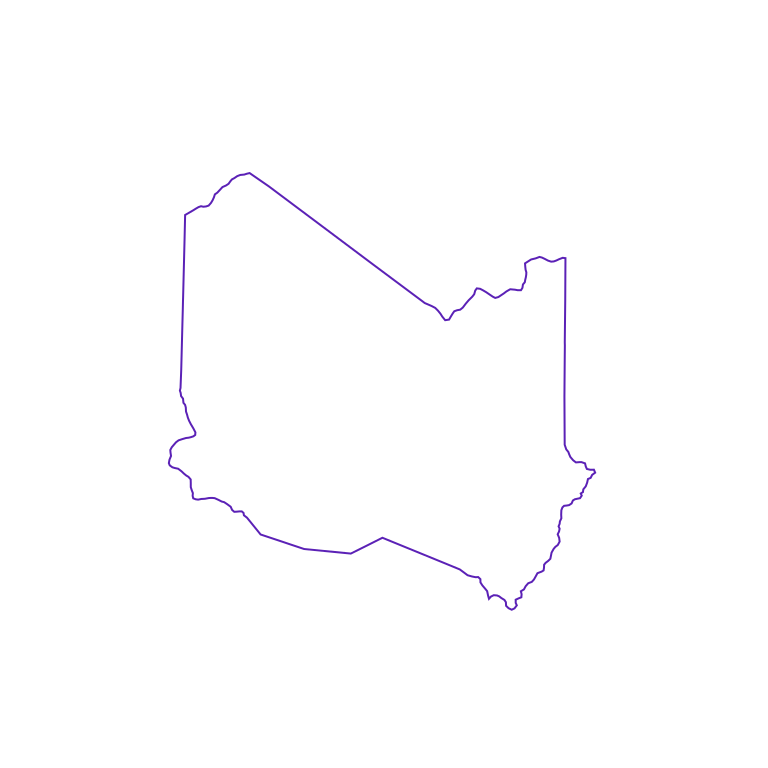 the district of Tucano, Bahia, Brazil, rotated 141°
{"feature_id": "56859067B77744280131750", "entity_name": "Tucano", "entity_type": "district", "adm_level": 2, "iso_a3": "BRA", "parent_name": "Brazil", "parent_adm1": "Bahia", "projection": "orthographic", "projection_center": [-38.821, -11.037], "detail": "fine", "context": "isolated", "style": "outline", "palette": "violet", "viewbox_px": 768, "rotation_deg": 141, "n_neighbors": 0, "source": "geoboundaries", "source_scale": "gbopen_adm2", "svg_char_len": 3382}
<svg xmlns="http://www.w3.org/2000/svg" viewBox="0 0 768 768"><g transform="rotate(141 384 384)"><path d="M432.2,640.5L447.3,622.7L485.4,578.0L487.9,575.1L493.5,568.5L501.2,559.5L532.6,522.7L544.6,509.0L546.8,507.3L547.6,505.1L549.3,502.3L549.4,499.1L551.7,495.6L551.7,493.0L552.8,490.5L555.2,487.2L556.3,484.2L557.6,481.3L558.6,478.1L559.4,474.3L560.1,469.5L561.0,465.1L562.8,463.2L565.1,463.3L567.5,464.2L569.6,465.2L571.8,466.6L575.4,468.1L579.1,469.5L582.3,469.6L585.1,469.1L588.8,468.4L591.6,467.2L593.1,465.0L594.8,462.1L598.3,460.2L601.0,457.9L601.7,455.6L600.9,452.5L599.5,450.4L597.3,447.7L596.3,443.6L595.9,440.4L595.3,437.4L594.4,434.9L594.3,431.5L596.6,428.5L599.1,425.4L600.3,422.3L601.2,419.5L603.1,417.5L604.2,415.2L602.9,412.9L601.2,411.1L598.3,409.6L595.4,407.5L591.7,405.5L589.2,403.6L587.4,401.8L585.5,398.0L584.1,394.8L582.6,392.8L581.5,389.3L580.4,385.1L581.3,381.7L580.8,378.9L578.7,377.4L576.7,376.1L574.7,374.5L574.3,372.2L575.5,370.1L574.6,366.4L574.6,363.2L574.6,344.7L562.0,325.0L557.7,318.2L553.6,311.8L549.9,306.0L516.5,273.1L499.9,269.4L482.0,265.5L449.6,206.5L441.8,192.2L440.5,187.2L439.4,182.8L436.8,179.1L434.3,176.1L432.3,174.7L431.9,171.7L433.9,169.1L434.3,165.6L434.2,161.4L434.2,158.1L436.2,154.2L437.6,151.0L434.7,151.5L431.6,150.8L429.2,148.5L428.1,146.4L427.5,143.8L426.3,140.4L426.6,137.7L428.7,134.8L428.3,131.4L426.8,128.2L423.8,127.5L420.1,128.4L419.4,131.0L417.4,133.5L414.3,132.7L411.5,131.8L409.3,134.1L408.1,136.8L404.5,136.3L401.2,137.7L397.3,138.4L393.7,137.2L390.5,137.7L387.2,139.0L383.8,140.4L379.6,139.0L377.3,138.7L375.2,140.6L373.3,142.8L370.9,143.3L367.7,143.2L364.7,143.5L362.4,145.4L359.9,147.5L355.9,149.1L353.3,149.6L350.3,149.5L346.7,151.0L344.7,154.2L343.6,157.9L340.8,159.2L338.6,161.0L337.9,163.5L335.5,164.8L333.8,166.5L330.7,168.0L328.5,171.0L325.6,174.3L323.0,175.8L320.7,176.0L318.7,174.7L316.4,173.4L313.4,173.1L310.5,174.6L308.2,174.3L305.8,173.1L303.5,171.9L300.6,172.8L300.0,175.1L297.4,174.8L295.4,176.7L291.6,177.5L288.2,179.5L285.3,181.8L282.5,181.0L279.4,182.4L275.7,182.2L274.8,185.3L277.7,187.6L279.8,190.3L279.1,192.9L277.7,195.8L279.7,199.0L281.6,200.5L284.2,202.3L285.0,205.7L285.1,210.0L284.3,212.9L283.5,215.2L283.5,218.5L281.8,223.1L251.6,260.8L226.0,291.9L219.3,300.0L217.3,302.6L190.4,335.1L163.8,367.6L165.7,369.6L169.4,370.8L172.3,371.5L174.9,372.4L177.1,373.9L178.9,376.7L180.4,380.2L181.7,382.9L183.2,384.9L187.1,386.2L191.3,388.2L194.9,388.6L198.5,389.0L200.7,385.8L202.1,383.6L203.1,381.2L204.7,379.4L206.7,377.6L208.8,376.0L210.5,374.5L213.4,373.9L215.9,371.6L218.5,370.7L221.2,372.9L222.8,374.8L226.3,378.2L230.6,378.9L234.0,379.0L237.1,379.3L240.4,379.6L243.4,380.9L244.5,383.4L245.6,387.0L246.8,391.0L248.1,394.5L249.4,397.5L251.7,399.9L254.3,399.2L257.4,397.0L260.5,396.3L265.5,395.8L269.8,395.0L274.7,393.8L278.0,393.8L280.7,395.3L283.6,396.3L286.1,395.6L289.5,394.4L292.9,393.1L296.3,395.1L296.3,399.7L295.9,403.1L295.9,407.1L296.3,410.9L297.9,414.6L299.5,417.7L301.4,421.3L302.1,424.2L317.0,482.7L332.9,545.8L349.1,610.0L355.7,632.5L358.2,633.7L360.8,634.7L364.1,636.9L367.2,637.9L370.8,638.2L373.4,638.7L376.0,638.2L378.8,637.4L381.9,637.7L385.6,638.7L389.6,638.1L393.1,637.6L396.1,637.8L398.7,636.1L401.5,634.7L404.5,633.6L408.0,633.0L410.6,634.0L412.9,635.5L414.3,637.3L416.8,638.2L420.0,638.7L422.6,639.0L432.2,640.5Z" fill="none" stroke="#5b21b6" stroke-width="2"/></g></svg>